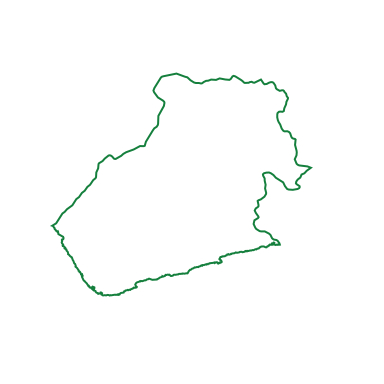 Salvaleón de Higüey, La Altagracia, Dominican Republic (Natural Earth projection), rotated 121°
{"feature_id": "3306468B87904766376188", "entity_name": "Salvaleón de Higüey", "entity_type": "district", "adm_level": 2, "iso_a3": "DOM", "parent_name": "Dominican Republic", "parent_adm1": "La Altagracia", "projection": "natural_earth1", "projection_center": [-68.511, 18.662], "detail": "fine", "context": "isolated", "style": "outline", "palette": "green", "viewbox_px": 384, "rotation_deg": 121, "n_neighbors": 0, "source": "geoboundaries", "source_scale": "gbopen_adm2", "svg_char_len": 6054}
<svg xmlns="http://www.w3.org/2000/svg" viewBox="0 0 384 384"><g transform="rotate(121 192 192)"><path d="M60.1,190.8L66.2,194.8L66.7,195.9L66.8,197.6L68.1,199.1L69.2,199.7L71.3,202.9L71.4,203.8L70.9,205.8L70.7,207.7L70.6,214.4L71.0,216.1L72.0,216.8L75.2,217.0L76.6,217.7L78.4,221.4L80.4,226.8L83.5,229.1L85.8,233.5L88.2,235.4L89.5,237.2L91.7,238.6L93.5,239.3L94.3,240.1L95.0,242.2L96.6,244.9L97.1,246.7L97.0,250.9L96.1,255.0L96.8,257.4L98.5,266.3L107.5,276.1L108.7,277.2L109.9,277.6L122.2,277.8L124.9,277.3L126.0,275.9L128.5,269.9L128.6,264.0L129.0,262.3L129.8,261.5L132.8,260.4L144.1,260.0L151.0,256.2L152.2,255.8L154.3,255.9L156.8,257.1L159.2,257.3L172.7,257.4L176.7,256.3L177.5,256.9L179.4,260.2L185.6,263.9L191.8,268.9L194.7,270.5L197.4,271.3L202.9,274.4L203.4,275.2L203.6,276.1L202.7,278.7L202.6,280.4L202.9,281.4L203.7,282.3L208.3,284.0L211.6,284.6L215.2,286.5L216.2,286.5L220.1,284.6L224.5,284.1L228.7,281.9L229.9,281.8L232.7,282.8L238.3,283.1L241.5,284.3L246.2,284.6L249.5,285.9L254.5,286.2L257.7,287.5L265.0,287.7L271.2,290.3L274.6,290.9L277.2,292.0L288.8,292.3L292.9,294.4L292.7,293.4L293.5,292.2L293.6,291.4L294.5,290.6L294.6,289.5L295.2,288.9L295.2,287.3L295.4,286.9L294.8,286.7L295.0,286.4L295.7,286.3L295.8,285.7L296.9,284.8L296.8,279.4L297.4,278.6L298.3,278.1L299.0,278.1L299.6,278.9L300.1,278.9L301.4,277.8L302.2,277.8L303.1,276.8L303.1,276.2L303.7,275.1L304.7,275.2L304.9,274.9L304.6,273.9L305.0,273.0L304.9,272.3L305.2,271.7L306.0,271.9L306.0,270.0L306.8,269.5L307.3,267.7L308.4,266.5L309.1,266.2L309.2,264.9L309.7,263.7L309.9,261.5L310.2,261.4L310.3,260.8L311.7,259.2L312.2,258.1L313.8,256.2L313.9,255.1L315.3,253.5L316.0,253.4L316.3,251.5L317.5,248.9L318.0,248.6L318.0,247.7L318.6,247.1L318.3,246.6L319.2,245.1L319.8,244.7L319.8,244.2L319.2,243.8L319.8,243.2L320.3,243.5L320.6,243.2L320.6,242.9L320.2,242.9L320.3,242.5L321.4,242.6L323.6,239.3L323.8,237.7L324.1,237.1L324.5,235.2L325.4,233.5L325.4,232.5L325.6,232.0L326.1,232.0L326.1,231.1L326.5,230.6L326.4,230.0L325.9,229.5L326.5,228.2L326.4,227.5L326.0,227.5L325.9,228.2L325.1,228.1L325.0,228.4L324.3,228.4L324.0,226.6L324.5,226.2L326.1,226.0L326.2,226.6L326.7,226.9L327.0,225.5L326.7,225.2L326.6,223.7L327.1,223.3L327.5,222.0L327.1,220.5L327.6,219.9L326.5,218.9L326.3,218.3L325.2,218.6L324.9,218.0L325.1,216.9L326.5,216.6L326.5,215.0L325.4,213.7L324.9,212.4L323.8,211.5L323.3,210.5L323.1,209.2L322.5,208.9L322.3,208.2L319.6,205.0L319.4,204.2L319.0,203.9L318.2,202.3L317.8,202.5L317.6,201.9L317.2,201.9L317.1,201.3L315.9,201.3L315.1,200.9L313.4,198.8L312.1,199.0L311.6,198.4L310.7,198.3L309.6,197.0L309.1,196.8L308.9,195.9L308.0,195.4L307.7,194.5L306.6,194.2L306.0,193.5L305.2,193.3L304.7,192.6L303.9,192.6L303.3,191.3L302.4,190.4L301.8,190.4L301.5,191.7L300.5,193.0L298.8,193.0L297.8,192.6L295.5,190.6L295.2,190.6L295.1,190.1L294.6,190.0L293.9,188.5L292.2,187.2L291.6,186.2L290.1,185.6L289.3,184.6L288.4,184.2L287.7,180.8L285.1,177.0L284.6,177.0L283.4,176.0L282.2,175.7L279.9,173.8L279.4,174.0L279.4,173.2L278.4,172.4L277.7,172.2L277.6,171.9L276.6,171.9L276.3,171.1L275.6,170.6L275.1,169.9L275.0,169.0L274.5,168.7L274.9,167.0L274.4,166.1L273.3,165.2L272.5,165.1L271.7,164.1L271.5,163.5L270.1,162.0L269.9,161.5L268.8,160.9L268.3,159.9L267.5,159.0L267.3,158.4L266.7,158.1L265.9,156.4L264.5,154.9L264.3,154.2L263.9,153.9L261.4,154.0L259.7,153.6L259.3,153.0L257.6,152.4L256.6,151.4L255.3,151.0L254.9,150.1L253.8,149.2L253.1,147.9L252.6,147.9L251.5,146.8L250.7,146.6L250.3,145.9L250.0,145.9L249.9,145.3L249.2,145.3L248.5,144.1L247.1,143.1L246.9,142.4L246.3,142.3L245.8,141.2L245.2,141.2L244.3,140.1L243.9,140.1L241.8,137.3L240.9,136.6L241.2,135.9L239.9,135.3L239.3,134.3L239.3,133.5L239.9,133.2L239.9,132.7L239.1,132.4L238.8,131.8L238.2,131.9L238.0,131.3L237.5,131.2L237.2,130.6L236.7,130.5L236.3,130.8L235.6,131.9L235.7,133.1L235.3,133.4L235.3,134.0L233.1,134.1L232.6,133.4L232.0,133.2L231.6,132.5L231.3,132.5L230.2,130.8L228.8,130.2L228.5,129.7L227.3,129.6L227.1,129.0L226.5,128.7L226.6,128.0L226.1,127.3L225.0,126.8L224.9,126.3L224.2,126.1L222.6,124.1L221.2,123.3L221.0,122.2L219.4,120.4L218.7,120.1L217.6,118.5L217.6,117.7L216.4,116.4L215.7,116.2L215.4,115.6L214.9,115.6L214.6,115.3L214.6,114.3L213.8,114.0L213.5,113.2L212.1,112.0L211.9,111.3L210.6,110.2L210.1,109.2L209.0,108.6L208.2,107.9L208.0,107.2L207.0,106.9L206.0,105.7L204.4,105.4L204.2,105.0L203.1,104.6L201.7,102.4L201.5,100.5L201.0,99.6L200.0,99.5L199.6,99.0L198.9,98.9L198.6,98.5L198.0,98.6L197.6,98.2L197.0,98.2L196.5,97.0L195.9,96.9L195.9,96.3L195.6,96.3L195.2,97.0L194.8,97.0L194.1,96.0L193.3,96.0L193.1,95.3L193.6,95.0L194.4,95.4L194.7,96.0L195.1,96.0L195.2,95.3L194.7,94.5L194.3,92.9L193.3,92.1L193.3,91.6L192.7,91.2L192.6,90.5L191.9,89.6L190.9,90.7L189.7,93.6L189.7,95.0L190.6,97.3L190.6,98.7L190.3,99.7L188.4,102.6L188.0,104.6L188.3,109.3L190.1,112.3L190.7,113.9L190.6,117.9L189.9,119.5L187.7,122.7L184.1,123.9L180.4,122.0L179.4,121.9L178.8,122.5L177.1,126.4L175.6,128.7L173.3,128.9L170.9,127.8L170.0,127.7L168.9,128.3L165.9,131.1L164.9,130.8L162.9,129.2L158.7,127.5L155.5,127.5L154.4,128.1L151.3,131.2L147.9,132.6L145.0,135.4L142.9,136.8L141.4,139.4L140.3,140.3L138.8,139.9L136.9,138.0L135.6,135.9L135.3,134.2L135.5,130.9L136.6,127.5L136.8,118.8L139.1,115.3L140.4,112.0L140.1,110.4L138.2,106.7L135.0,103.0L133.4,102.1L132.3,102.2L131.6,102.8L131.4,106.5L131.0,107.4L129.3,108.0L126.9,107.8L123.8,106.6L120.6,107.1L118.1,105.3L114.7,104.6L110.0,102.6L110.6,106.2L114.0,113.8L114.2,115.5L113.9,116.9L111.0,120.8L106.8,121.3L104.1,122.6L102.8,123.6L98.6,127.9L93.7,130.2L93.5,131.1L94.1,132.8L94.1,134.1L93.5,135.3L91.1,138.1L90.6,139.8L90.8,141.5L92.4,144.0L92.5,145.2L91.5,147.7L88.7,151.2L87.5,153.6L86.3,155.3L84.1,157.4L81.5,158.9L80.3,159.3L78.5,158.8L77.7,157.9L76.6,155.7L75.3,155.0L72.7,156.0L68.5,156.5L66.1,157.5L62.7,157.8L61.9,158.2L61.1,160.1L59.3,162.0L58.6,164.3L58.0,165.3L57.9,166.2L58.4,167.2L60.1,168.9L60.2,172.3L59.8,173.5L57.8,175.5L56.6,178.0L56.4,179.0L56.6,180.0L57.4,181.2L58.7,182.3L60.9,183.6L62.3,185.4L62.1,186.6L60.1,190.8Z" fill="none" stroke="#15803d" stroke-width="2"/></g></svg>